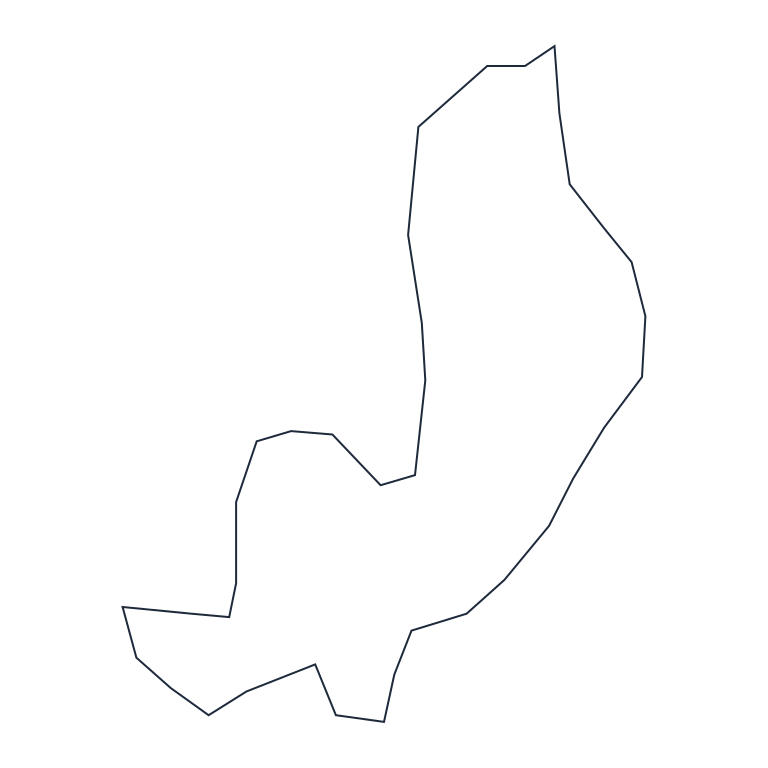 Beïkioï, Cyprus (Robinson projection)
{"feature_id": "46923920B35066056619311", "entity_name": "Beïkioï", "entity_type": "district", "adm_level": 2, "iso_a3": "CYP", "parent_name": "Cyprus", "parent_adm1": "", "projection": "robinson", "projection_center": [33.505, 35.246], "detail": "fine", "context": "isolated", "style": "outline", "palette": "slate", "viewbox_px": 768, "rotation_deg": 0, "n_neighbors": 0, "source": "geoboundaries", "source_scale": "gbopen_adm2", "svg_char_len": 580}
<svg xmlns="http://www.w3.org/2000/svg" viewBox="0 0 768 768"><path d="M170.8,688.1L208.6,715.2L246.4,691.5L315.2,664.4L335.9,715.2L384.0,721.9L394.3,674.6L411.5,630.6L466.6,613.7L504.4,579.9L549.1,525.8L573.2,478.5L604.1,427.7L642.0,377.0L645.4,316.2L631.6,262.1L604.1,228.3L569.7,184.3L559.4,113.3L554.5,46.1L525.0,66.0L487.2,66.0L418.4,126.9L408.1,235.0L421.8,322.9L425.3,380.4L415.0,475.1L380.6,485.2L332.4,434.5L291.1,431.1L256.7,441.3L236.1,502.1L236.1,583.3L229.2,617.1L191.4,613.7L122.6,607.0L136.4,657.7L170.8,688.1Z" fill="none" stroke="#1e293b" stroke-width="2"/></svg>